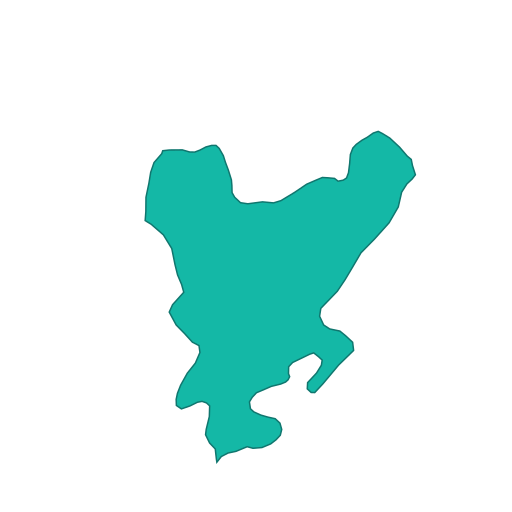 outline of Negotino, rotated 223°
{"feature_id": "MKD-2946", "entity_name": "Negotino", "entity_type": "Statistical Region", "adm_level": 1, "iso_a3": "MKD", "parent_name": "North Macedonia", "parent_adm1": "", "projection": "orthographic", "projection_center": [22.1, 41.501], "detail": "fine", "context": "isolated", "style": "filled", "palette": "teal", "viewbox_px": 512, "rotation_deg": 223, "n_neighbors": 0, "source": "natural_earth", "source_scale": "10m", "svg_char_len": 1947}
<svg xmlns="http://www.w3.org/2000/svg" viewBox="0 0 512 512"><g transform="rotate(223 256 256)"><path d="M120.3,253.6L120.2,253.4L121.2,232.6L119.9,208.1L119.9,196.2L120.1,196.0L122.6,193.8L127.9,193.8L131.9,198.6L131.9,211.7L133.7,220.7L136.6,225.0L141.6,225.0L147.7,224.5L149.8,220.7L153.1,212.1L156.6,203.1L156.6,197.3L152.0,192.1L149.1,190.7L148.1,187.3L148.4,184.0L150.6,179.2L155.9,171.1L158.8,164.4L162.4,156.3L162.4,150.1L161.3,144.8L155.9,140.5L151.3,140.5L144.1,142.9L137.4,146.3L131.0,150.1L124.5,150.1L118.9,146.7L116.0,141.5L116.0,135.3L117.1,128.6L121.0,120.0L127.1,113.3L132.4,110.5L137.4,99.5L142.1,92.8L144.6,85.7L144.0,78.5L146.4,80.4L154.2,87.1L162.4,87.6L171.0,90.9L174.2,95.3L180.6,106.7L187.7,114.8L192.0,114.8L196.3,112.9L199.1,109.1L202.0,101.4L206.3,93.3L212.3,92.4L216.6,96.7L219.8,102.0L223.0,110.1L226.3,123.4L227.3,136.3L231.2,147.2L236.6,151.6L243.7,149.6L255.9,150.6L267.3,151.1L281.2,155.8L283.8,163.5L284.1,180.2L290.9,184.4L300.5,188.7L309.4,194.5L322.7,204.0L338.1,208.3L354.5,207.7L361.2,206.3L366.9,213.4L376.5,223.9L383.9,236.1L390.1,245.4L394.3,254.8L394.7,266.5L396.0,269.4L391.6,274.5L382.2,283.4L375.5,286.8L371.7,290.2L369.2,295.3L367.0,301.6L363.8,306.7L360.7,309.6L356.3,309.6L348.3,307.1L342.3,303.7L334.7,299.9L325.9,294.9L321.7,291.1L316.7,286.0L311.6,284.4L303.7,284.4L297.6,288.6L288.2,300.0L279.4,306.8L275.5,313.5L271.1,329.1L267.9,343.1L264.2,351.6L261.0,358.7L256.9,362.1L251.5,366.3L247.0,366.7L243.9,371.0L243.0,374.8L245.1,379.9L250.5,387.4L256.2,394.6L258.8,401.0L258.8,406.0L257.5,412.8L255.6,418.7L254.1,425.9L251.6,430.5L247.0,431.8L238.6,433.5L225.2,433.5L213.5,432.2L208.3,432.5L203.3,428.9L194.8,424.1L194.3,418.7L194.8,411.6L193.0,402.0L185.4,388.9L181.3,371.0L180.9,349.5L181.4,329.9L177.4,312.0L174.7,299.4L172.5,285.7L172.9,261.9L168.4,255.3L159.5,251.7L152.4,252.9L143.5,258.3L135.8,258.8L126.5,258.8L120.3,253.6Z" fill="#14b8a6" stroke="#0f766e" stroke-width="1.5"/></g></svg>